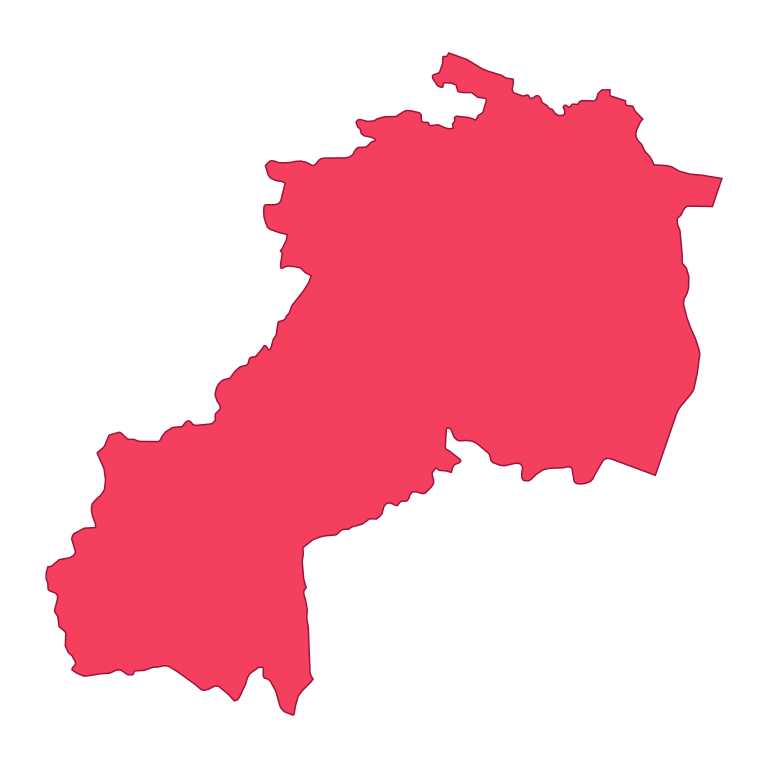 the district of Tuy Phuoc, Bình Định, Vietnam
{"feature_id": "81297802B71017047307278", "entity_name": "Tuy Phuoc", "entity_type": "district", "adm_level": 2, "iso_a3": "VNM", "parent_name": "Vietnam", "parent_adm1": "Bình Định", "projection": "mercator", "projection_center": [109.153, 13.841], "detail": "fine", "context": "isolated", "style": "filled", "palette": "rose", "viewbox_px": 768, "rotation_deg": 0, "n_neighbors": 0, "source": "geoboundaries", "source_scale": "gbopen_adm2", "svg_char_len": 6035}
<svg xmlns="http://www.w3.org/2000/svg" viewBox="0 0 768 768"><path d="M47.8,566.9L46.2,573.2L46.1,578.4L47.8,583.3L48.1,589.1L49.0,590.4L50.4,591.1L55.7,593.2L57.6,595.7L57.4,599.5L54.6,610.0L54.8,612.0L57.7,616.2L59.2,626.7L65.0,631.7L65.8,633.1L65.3,646.1L68.4,652.6L72.6,656.4L73.3,658.5L75.2,661.0L75.5,663.5L75.0,664.9L72.3,668.0L72.0,669.9L77.3,673.4L83.9,676.1L87.3,675.9L101.2,673.7L109.7,673.2L116.3,670.1L119.8,669.9L121.6,670.6L127.8,674.7L131.9,674.9L133.3,674.2L134.2,671.6L134.9,670.9L144.1,670.4L152.8,667.3L157.9,667.0L164.3,665.7L167.2,665.9L169.7,666.9L177.5,671.7L194.3,683.8L201.5,689.8L204.2,690.3L208.4,689.3L215.1,685.9L218.7,686.3L228.3,694.3L234.4,700.9L237.8,699.6L239.9,696.3L245.7,683.8L247.4,677.8L249.7,673.8L258.4,667.5L261.7,667.2L263.4,667.8L263.1,675.5L264.1,677.9L267.9,679.1L270.3,681.1L275.9,691.4L280.0,706.2L281.2,708.4L284.2,711.6L292.2,714.9L293.6,715.0L294.1,714.1L295.4,706.0L298.3,695.9L302.2,690.7L310.7,682.2L313.1,679.1L310.9,675.6L310.0,672.3L308.3,627.1L306.7,617.9L307.3,609.8L305.5,599.8L303.8,594.1L303.9,590.7L306.2,587.8L303.7,579.0L302.2,561.4L303.3,554.1L302.9,547.7L312.9,539.7L319.4,537.2L324.6,535.9L335.7,534.9L336.7,534.4L340.6,530.7L343.6,529.2L348.5,529.3L351.8,527.0L362.4,524.0L369.5,518.8L376.5,519.0L380.3,515.8L382.0,513.6L383.9,506.6L385.7,504.3L387.4,503.1L390.7,503.0L395.7,505.4L397.4,505.6L399.8,502.4L401.7,501.1L406.1,501.1L407.3,500.5L408.7,498.8L409.9,495.0L412.1,492.2L413.3,491.7L417.1,492.0L422.2,493.6L425.3,493.1L431.9,486.3L433.6,483.2L433.7,480.5L432.1,474.4L432.5,472.3L435.9,467.9L439.3,470.4L446.2,470.9L451.3,472.4L452.6,467.5L454.2,464.8L459.3,462.7L460.8,460.9L460.2,459.5L449.0,450.7L445.7,449.0L445.3,446.6L446.3,429.4L446.9,428.1L449.2,428.1L450.9,429.2L454.1,437.2L457.0,440.0L459.3,440.8L466.1,440.5L471.7,441.0L475.8,442.8L478.9,445.1L489.0,453.7L490.2,456.9L490.9,460.4L492.8,462.5L499.6,465.1L502.5,465.6L504.6,465.7L515.8,463.2L518.6,463.4L520.6,464.2L522.6,467.0L521.7,473.6L521.9,478.1L523.3,480.2L524.8,480.7L528.6,480.8L530.8,479.7L536.2,474.4L542.4,470.2L544.6,469.4L550.5,468.2L562.4,467.9L567.9,466.7L570.8,467.3L572.0,468.4L574.1,480.9L574.8,482.3L576.5,483.5L579.1,483.9L583.5,483.7L587.1,482.8L590.6,481.2L592.9,479.0L594.8,474.7L602.9,460.8L604.4,459.3L607.3,458.3L611.1,458.9L655.3,475.3L676.7,413.2L678.6,409.3L680.7,406.3L691.1,393.9L693.7,389.7L697.2,373.7L699.8,354.3L698.9,349.3L695.5,338.7L691.1,329.1L686.9,317.7L683.5,304.0L684.0,299.3L686.7,294.1L688.6,288.2L688.8,276.5L686.3,268.0L682.5,263.5L682.2,262.4L682.2,255.2L680.0,230.7L677.6,224.6L677.1,218.7L681.0,215.1L682.9,211.0L685.2,207.6L687.5,206.1L712.4,206.5L721.9,178.5L702.6,175.3L689.8,174.1L679.0,171.1L671.8,166.8L665.7,165.5L653.7,164.9L653.1,162.7L650.3,157.2L644.7,151.0L641.8,144.7L637.8,140.2L636.2,137.2L635.8,133.4L636.9,129.3L640.5,121.7L642.8,119.1L634.8,110.8L632.8,106.2L626.2,105.3L625.6,104.2L625.6,100.8L610.5,95.9L609.8,95.0L610.1,89.8L601.9,89.9L598.1,93.5L596.4,99.1L594.4,101.0L581.8,100.6L579.5,101.7L577.9,104.3L572.2,104.2L570.4,106.5L569.2,107.3L565.6,105.1L564.2,105.5L563.1,107.3L564.6,110.0L564.8,113.9L562.2,115.5L558.6,115.5L555.3,113.6L552.4,109.5L548.7,108.0L548.0,107.5L547.4,105.8L542.4,102.8L540.5,98.0L538.4,95.9L537.5,95.6L535.6,96.1L533.1,97.8L531.0,98.5L530.1,98.3L528.5,95.5L527.6,95.0L522.8,96.0L513.7,92.8L512.8,91.5L512.2,89.1L513.3,83.1L513.2,79.2L505.9,78.0L501.2,75.2L487.9,71.1L482.1,68.8L466.9,59.5L448.8,53.0L446.8,56.4L443.0,56.5L442.5,63.8L439.4,72.6L433.3,74.9L432.4,76.1L432.8,78.6L437.5,85.6L440.5,87.2L442.8,87.1L443.3,84.0L444.6,82.7L451.2,83.1L456.2,85.1L457.7,91.0L458.7,91.8L463.5,92.6L471.8,92.6L477.8,97.3L485.2,98.3L486.1,98.9L486.3,100.8L482.9,112.5L478.3,115.5L475.6,120.2L472.4,118.7L467.7,117.4L456.2,116.2L454.4,117.7L454.9,120.9L452.5,123.9L453.2,128.2L449.6,128.8L445.7,128.0L438.2,124.8L430.5,125.6L429.3,125.2L428.7,123.1L427.2,122.3L423.4,122.3L421.9,121.7L421.3,119.5L421.3,115.0L419.5,112.8L412.1,111.0L407.8,110.6L405.8,110.6L403.3,111.8L396.0,116.5L384.5,116.8L377.6,118.7L373.9,120.9L367.4,121.4L361.0,119.7L358.5,119.6L356.5,121.3L356.1,122.3L357.6,126.8L360.2,129.1L361.3,133.6L364.1,135.8L370.3,137.0L374.5,138.5L375.2,139.4L375.2,140.7L371.4,142.0L367.4,146.0L365.5,147.2L358.6,147.4L357.1,148.0L354.7,150.8L352.8,154.7L349.2,157.1L345.2,157.9L324.6,158.1L321.3,158.6L318.9,160.1L315.9,163.9L313.9,165.5L311.9,165.3L306.8,162.4L301.0,161.1L296.2,161.3L290.0,162.5L282.4,162.8L278.1,162.5L274.9,161.2L271.6,160.7L269.6,161.3L265.4,165.5L268.1,174.7L270.1,177.5L271.2,178.4L276.1,180.6L281.7,181.4L285.2,183.1L280.9,200.4L279.5,202.6L278.0,203.9L274.1,204.7L265.4,204.8L264.1,206.2L263.7,210.0L264.0,216.9L265.7,222.8L267.3,226.8L268.4,228.1L269.7,229.2L278.9,232.5L287.3,234.6L286.3,240.2L282.5,248.1L280.4,251.0L282.0,252.4L282.2,253.5L280.6,264.3L280.6,267.2L281.0,268.1L282.1,268.3L286.2,266.3L288.4,266.0L294.6,266.7L299.7,267.7L301.2,268.5L305.3,272.6L311.2,275.7L308.5,283.0L303.2,291.3L291.8,305.7L289.5,312.5L286.5,316.1L284.8,319.5L282.3,320.7L278.9,321.5L278.1,322.3L276.2,334.9L273.2,339.6L270.8,348.5L270.0,349.4L268.6,349.7L265.7,345.9L264.0,345.7L262.5,348.4L255.5,356.7L251.2,357.2L249.5,358.5L248.4,362.7L246.9,365.1L240.0,366.9L234.7,371.5L230.1,378.1L223.3,379.9L220.7,381.7L218.5,384.2L216.6,387.8L215.1,393.9L215.4,396.1L217.0,400.7L219.9,405.5L220.4,408.2L219.7,409.5L215.6,413.6L215.1,416.2L215.4,419.8L213.3,422.7L210.6,424.0L195.7,425.4L193.1,424.6L190.5,421.6L188.1,420.8L187.2,421.1L185.0,422.9L182.2,426.6L172.6,427.5L165.6,431.9L162.5,435.7L159.9,440.5L158.3,441.6L140.3,441.4L138.1,441.1L134.0,439.4L128.6,439.3L127.3,438.8L120.6,432.6L119.1,432.3L109.5,435.0L108.7,436.0L104.8,445.4L103.4,447.5L97.4,452.5L97.2,453.3L104.1,468.9L105.5,479.9L104.5,489.3L103.4,491.5L100.8,495.2L96.7,498.8L92.3,503.7L91.5,506.7L91.5,510.9L92.6,516.2L95.3,523.7L95.7,526.8L94.8,527.6L84.3,528.2L73.9,533.7L72.5,535.8L71.7,539.2L75.3,551.1L75.1,553.6L73.1,555.7L69.6,557.8L59.3,559.6L51.3,566.3L47.8,566.9Z" fill="#f43f5e" stroke="#9f1239" stroke-width="1.5"/></svg>